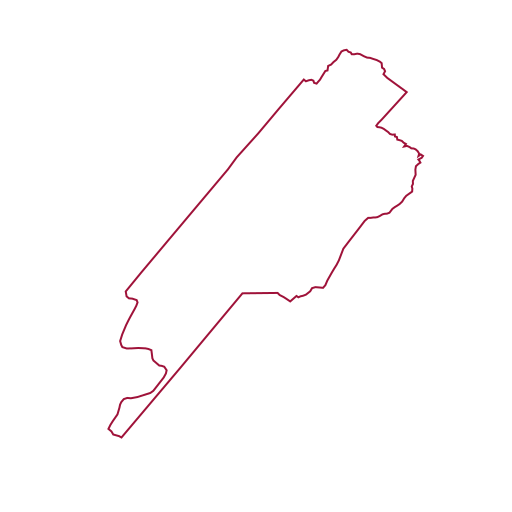 Crato, Ceará, Brazil, rotated 40°
{"feature_id": "56859067B48874819584057", "entity_name": "Crato", "entity_type": "district", "adm_level": 2, "iso_a3": "BRA", "parent_name": "Brazil", "parent_adm1": "Ceará", "projection": "equal_earth", "projection_center": [-39.462, -7.289], "detail": "fine", "context": "isolated", "style": "outline", "palette": "rose", "viewbox_px": 512, "rotation_deg": 40, "n_neighbors": 0, "source": "geoboundaries", "source_scale": "gbopen_adm2", "svg_char_len": 2326}
<svg xmlns="http://www.w3.org/2000/svg" viewBox="0 0 512 512"><g transform="rotate(40 256 256)"><path d="M327.8,237.3L327.9,233.8L326.4,228.9L324.7,219.7L324.0,215.4L323.4,210.9L322.3,206.1L318.2,194.2L317.8,185.2L317.2,169.6L316.7,159.2L317.4,154.7L319.4,153.0L321.0,151.2L322.7,149.7L324.0,148.2L325.1,145.8L326.1,142.8L327.4,141.0L329.1,139.4L330.4,137.1L330.2,132.2L330.9,129.3L331.8,126.7L332.6,123.9L333.0,120.4L332.4,116.4L332.4,113.2L334.2,106.3L332.5,103.9L330.6,102.6L329.9,99.9L327.9,97.7L326.1,91.2L322.5,87.3L320.8,84.4L321.2,81.1L321.9,78.8L320.2,78.1L318.4,77.7L319.8,74.3L319.6,72.0L316.9,72.3L316.2,74.9L315.2,72.7L312.5,71.8L309.7,71.7L307.7,72.3L305.8,73.7L303.7,73.8L300.9,74.6L299.1,76.9L298.8,73.8L296.3,74.3L293.7,74.1L291.7,74.9L289.4,76.0L287.5,74.3L285.6,75.1L284.2,73.7L282.5,75.4L280.2,76.4L277.6,76.1L275.3,76.3L272.1,76.5L269.6,77.1L267.7,78.1L266.1,79.2L264.4,78.9L264.2,75.5L264.6,70.8L266.1,33.6L242.1,35.2L236.8,34.8L236.1,31.5L233.9,30.4L231.5,30.7L229.8,29.0L228.3,27.5L226.0,27.5L222.5,28.3L218.9,29.8L216.0,30.9L213.6,32.6L210.3,33.6L207.8,34.1L205.9,34.5L203.5,35.9L201.5,38.4L199.6,39.9L197.8,39.2L195.6,40.1L192.9,39.8L191.1,42.0L190.0,44.4L190.5,48.1L191.1,50.6L191.4,54.1L190.7,57.6L190.5,61.1L189.1,64.0L191.5,67.9L190.2,69.7L190.7,73.3L191.2,76.9L191.7,79.8L191.6,82.6L191.6,85.0L189.2,86.0L187.3,84.8L185.2,85.4L183.6,87.3L181.9,90.1L179.2,90.1L179.0,115.0L178.9,128.5L178.9,131.9L178.9,160.8L177.8,192.8L178.8,207.7L178.7,299.0L178.7,342.6L179.0,366.9L182.8,370.1L185.9,370.1L188.6,368.2L192.9,366.5L195.1,367.7L196.3,371.1L197.1,374.6L198.8,383.3L199.6,387.0L200.9,392.4L203.9,402.0L206.6,408.5L210.0,410.8L212.2,411.7L216.3,410.0L219.7,407.1L225.0,402.1L230.7,397.8L233.3,396.4L236.4,395.4L238.9,397.7L242.4,401.0L244.6,402.0L252.3,402.1L254.3,400.8L256.9,399.8L261.0,401.0L262.5,403.9L263.4,408.4L264.0,425.3L263.1,428.8L255.8,440.3L251.6,445.4L248.6,447.5L246.7,450.6L246.7,454.5L247.4,457.2L248.9,460.0L251.7,466.4L252.4,474.3L253.0,478.8L254.1,483.3L258.0,483.3L261.4,484.5L266.9,482.0L269.6,481.5L269.9,389.1L269.7,329.5L269.6,293.3L296.3,270.4L299.2,270.7L303.5,269.7L306.6,269.3L311.4,268.8L312.7,260.6L315.0,260.4L316.0,258.3L317.6,256.2L319.1,253.5L320.2,248.2L319.6,244.6L321.5,241.7L324.6,239.5L327.8,237.3Z" fill="none" stroke="#9f1239" stroke-width="2"/></g></svg>